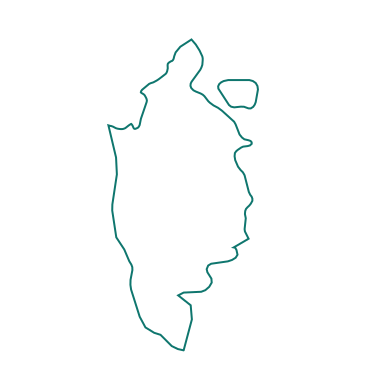 map outline of Vaucluse (Natural Earth projection), rotated 57°
{"feature_id": "FRA-5352", "entity_name": "Vaucluse", "entity_type": "Metropolitan department", "adm_level": 1, "iso_a3": "FRA", "parent_name": "France", "parent_adm1": "", "projection": "natural_earth1", "projection_center": [5.058, 44.047], "detail": "fine", "context": "isolated", "style": "outline", "palette": "teal", "viewbox_px": 384, "rotation_deg": 57, "n_neighbors": 0, "source": "natural_earth", "source_scale": "10m", "svg_char_len": 2362}
<svg xmlns="http://www.w3.org/2000/svg" viewBox="0 0 384 384"><g transform="rotate(57 192 192)"><path d="M320.2,285.2L320.2,285.3L316.0,289.4L310.2,292.9L294.6,296.2L289.5,300.4L280.2,304.8L268.1,303.8L240.6,296.2L236.3,294.2L232.2,291.4L225.0,284.5L222.5,283.0L219.8,282.4L215.9,282.3L203.3,280.1L188.8,280.2L164.1,269.0L159.1,265.6L136.3,245.4L121.7,236.9L90.6,225.8L92.1,224.5L92.6,223.9L94.1,222.7L97.0,221.1L98.4,219.9L99.9,218.2L101.1,216.5L101.6,215.4L101.9,214.3L102.1,213.1L101.7,208.7L101.7,206.9L101.7,206.2L101.8,205.9L102.8,205.7L103.6,205.7L104.6,205.8L105.0,205.9L106.3,206.1L107.0,206.1L107.4,206.0L107.6,205.9L107.8,205.7L108.1,205.3L108.3,204.5L108.5,203.4L108.6,202.2L108.2,200.9L107.3,199.4L102.8,195.0L91.8,181.0L90.7,180.0L89.1,179.4L87.8,179.2L85.2,179.0L84.1,179.2L83.1,179.6L81.3,180.5L80.5,180.6L79.7,179.7L79.1,178.2L78.0,169.1L78.2,167.7L78.4,166.7L78.7,165.8L79.0,164.6L79.3,160.9L79.3,158.6L78.6,149.7L78.1,148.4L77.2,147.1L75.1,145.0L72.2,143.3L71.3,142.4L70.9,141.1L70.9,138.7L71.2,137.3L71.0,136.2L70.3,134.9L68.4,132.9L66.0,129.7L63.8,122.7L63.8,109.4L70.4,108.5L77.5,108.6L83.9,109.5L85.7,110.2L87.5,111.4L91.0,114.1L92.7,116.3L94.0,118.5L99.3,132.3L100.4,134.1L102.2,135.5L104.4,136.0L107.5,135.4L109.8,134.1L114.1,131.1L116.2,130.0L118.4,129.4L124.7,128.9L126.8,128.4L131.1,126.8L135.6,124.3L140.1,122.6L156.0,118.4L159.1,118.6L169.7,120.8L173.5,120.4L176.3,119.4L179.5,116.3L181.1,115.1L182.8,114.9L184.1,115.7L184.5,118.1L183.8,120.3L181.8,124.4L181.5,126.5L181.6,130.8L181.9,132.8L182.7,134.8L185.2,136.8L188.8,138.4L195.8,139.6L199.9,139.3L203.2,138.6L206.6,138.8L222.9,144.3L226.1,144.7L228.3,144.5L230.5,145.0L232.3,146.2L233.8,149.0L234.6,151.4L235.0,153.7L235.6,155.9L236.9,157.7L239.3,159.6L243.3,161.2L251.8,168.1L253.9,169.1L262.0,170.0L261.2,187.2L262.3,186.1L264.9,186.3L269.4,188.0L270.9,191.2L270.8,195.4L269.7,199.7L262.6,215.0L262.5,218.5L264.7,221.7L267.7,222.8L275.2,222.9L278.7,224.8L280.9,229.2L281.6,234.3L280.7,238.6L271.8,253.8L271.2,259.9L286.3,254.8L298.8,261.5L320.2,285.2L320.2,285.2ZM135.3,79.2L138.8,79.4L142.0,80.9L151.3,89.6L152.9,91.8L153.9,94.3L153.9,97.2L152.6,99.1L148.8,102.0L147.0,104.6L144.0,110.5L141.8,112.7L139.2,113.6L119.7,113.6L117.6,112.5L116.3,110.4L115.9,107.8L116.2,105.0L117.8,100.8L129.4,82.9L132.1,80.5L135.3,79.2Z" fill="none" stroke="#0f766e" stroke-width="2"/></g></svg>